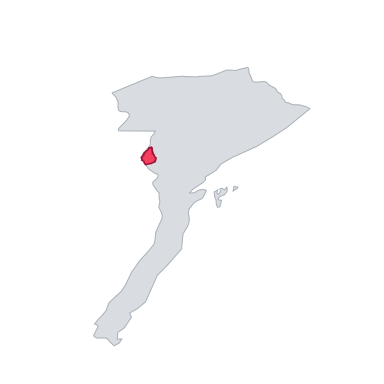 location of Maimine, Debub, Eritrea, rotated 72°
{"feature_id": "51966322B74270898723774", "entity_name": "Maimine", "entity_type": "district", "adm_level": 2, "iso_a3": "ERI", "parent_name": "Eritrea", "parent_adm1": "Debub", "projection": "equal_earth", "projection_center": [38.484, 14.552], "detail": "fine", "context": "in_parent", "style": "filled", "palette": "rose", "viewbox_px": 384, "rotation_deg": 72, "n_neighbors": 0, "source": "geoboundaries", "source_scale": "gbopen_adm2", "svg_char_len": 5441}
<svg xmlns="http://www.w3.org/2000/svg" viewBox="0 0 384 384"><g transform="rotate(72 192 192)"><path d="M73.1,237.3L71.9,223.2L71.2,213.8L70.4,203.8L69.7,194.4L73.1,188.6L74.8,183.1L78.9,165.3L80.6,161.7L83.9,152.2L84.3,149.4L87.6,137.4L87.3,129.4L86.7,121.4L88.4,116.6L90.0,112.8L89.9,109.6L90.6,102.0L91.1,100.2L93.0,100.1L96.9,101.0L99.8,100.3L103.1,100.3L105.7,100.0L107.2,97.7L109.3,89.0L110.7,87.2L111.7,86.7L114.6,85.1L117.2,82.6L119.2,80.7L120.0,80.4L122.1,80.1L124.3,79.1L125.3,77.8L128.0,76.8L130.7,77.4L132.5,76.3L133.7,75.6L135.0,75.6L136.3,74.6L136.8,73.0L137.6,72.0L139.7,69.7L140.6,68.1L141.1,66.4L141.5,65.1L142.4,62.9L146.0,57.3L149.2,54.1L160.1,82.2L164.6,98.9L168.6,116.3L171.5,142.4L174.3,155.8L178.8,162.3L181.9,174.8L184.5,175.3L186.4,178.7L189.7,190.4L192.1,194.7L193.3,191.0L193.2,188.8L192.2,185.2L193.1,180.6L194.9,177.8L199.1,181.6L201.4,184.5L202.0,190.2L203.0,193.4L207.4,200.2L211.1,202.1L215.8,202.6L219.8,204.1L223.1,206.6L229.1,213.5L242.9,219.5L254.0,238.0L260.6,250.8L282.2,270.2L285.9,279.6L287.9,288.7L292.4,288.3L300.3,298.3L302.6,305.9L308.9,308.6L310.0,304.1L313.1,307.8L314.3,313.5L310.3,315.8L305.8,317.8L305.2,317.8L303.7,320.4L301.6,327.6L299.3,329.7L298.1,329.9L291.1,323.1L290.0,322.8L288.5,324.1L287.4,325.5L284.1,320.4L281.7,315.8L278.3,310.4L275.1,308.0L271.6,305.0L268.2,297.9L264.7,290.1L259.6,283.7L249.9,274.6L241.1,262.9L234.3,250.8L230.0,244.5L228.1,242.9L219.2,238.9L212.9,233.4L208.1,228.8L205.1,227.6L202.2,227.4L196.2,228.3L191.1,225.4L189.0,225.4L185.6,224.6L182.9,223.6L179.8,224.8L173.3,226.9L170.7,226.4L169.3,223.6L168.4,221.4L166.2,219.1L164.3,219.1L163.3,221.1L156.6,226.3L145.4,229.1L142.7,228.9L140.7,226.9L135.1,218.1L133.4,216.6L132.2,216.5L129.5,215.5L127.1,213.8L124.9,210.2L122.8,208.1L120.4,215.2L116.3,227.5L114.1,234.1L111.3,242.6L110.4,242.9L109.0,242.3L103.4,231.7L99.9,227.7L97.2,228.1L95.3,230.0L94.1,233.6L92.8,235.8L91.3,236.6L88.3,236.2L83.6,234.5L78.7,234.9L73.7,237.3L73.1,237.3ZM205.0,166.8L206.5,169.4L207.5,169.1L208.4,168.2L208.9,166.4L214.7,170.0L214.4,172.5L210.9,172.6L207.0,171.6L203.3,171.9L198.9,170.9L197.9,166.8L200.7,168.7L202.1,168.2L202.4,167.7L200.4,164.9L197.6,164.4L197.8,162.2L199.1,161.4L199.8,160.3L198.2,157.3L201.4,158.0L203.3,159.8L204.6,161.9L205.0,166.8ZM202.6,147.9L203.8,152.6L200.2,150.8L199.6,149.8L201.2,147.9L201.5,146.8L202.6,147.9Z" fill="#d9dde1" stroke="#a8b0b8" stroke-width="1"/><path d="M152.3,221.8L152.3,221.6L152.2,221.5L152.2,221.4L152.2,221.2L152.1,220.9L152.1,220.7L152.0,220.1L151.9,219.9L152.0,219.7L151.9,219.0L152.0,218.7L152.0,218.1L151.8,218.0L151.7,217.8L151.6,217.7L151.5,217.8L151.4,217.7L151.3,217.8L151.2,217.8L151.1,217.7L151.0,217.8L150.9,217.7L150.8,217.4L150.7,217.3L150.6,217.2L150.5,216.9L150.4,216.8L150.5,216.7L150.4,216.6L150.2,216.5L149.9,216.5L149.7,216.4L149.6,216.5L149.5,216.4L149.4,216.2L149.3,215.9L149.2,215.9L148.9,215.9L148.6,215.7L148.5,215.8L148.3,215.8L148.0,215.9L148.0,216.0L147.9,216.1L147.8,216.3L147.7,216.3L147.5,216.5L147.3,216.5L147.2,216.5L146.7,216.5L146.3,216.7L146.2,216.5L145.9,216.5L145.7,216.6L145.4,216.6L145.2,216.6L144.9,216.6L144.7,216.8L144.6,216.7L144.5,216.8L144.4,216.8L144.1,217.1L143.9,217.2L143.7,217.1L143.4,217.0L143.2,217.0L142.9,217.2L142.9,217.3L142.8,217.2L142.6,217.1L142.5,217.4L142.4,217.5L142.2,217.4L142.1,217.2L141.9,217.2L141.7,217.1L141.4,217.1L141.2,217.2L141.0,216.9L140.9,216.8L140.6,216.9L140.3,216.9L140.2,217.1L139.9,217.0L139.7,217.1L139.4,217.0L139.2,217.0L139.2,216.9L139.1,216.6L138.9,216.5L138.6,216.7L138.4,216.6L138.2,216.5L137.9,216.7L137.8,216.8L137.6,216.9L137.6,217.0L137.4,217.0L137.4,216.9L137.3,216.7L137.2,216.8L136.9,217.0L136.9,216.9L136.8,217.0L136.7,217.0L136.7,217.3L136.8,217.5L136.8,217.8L136.8,218.0L136.8,218.3L136.9,218.5L137.0,218.5L136.9,218.7L136.9,218.9L136.8,219.1L136.9,219.3L136.8,219.6L137.1,219.8L137.3,219.9L137.3,219.7L137.5,219.8L137.6,220.0L137.8,220.1L137.9,220.3L137.8,220.5L138.0,220.7L138.1,220.8L138.3,220.9L138.4,221.0L138.5,221.2L138.7,221.6L138.6,221.8L138.6,222.0L138.6,222.3L138.6,222.5L138.7,222.8L138.9,223.0L139.0,223.2L139.1,223.3L139.1,223.5L139.3,223.7L139.5,223.7L139.6,224.0L139.6,224.4L139.6,224.5L139.6,224.8L139.8,224.7L140.0,224.6L140.1,224.9L140.2,225.0L140.1,225.3L140.3,225.6L140.5,225.8L140.7,226.1L140.8,226.1L141.0,226.0L141.4,226.0L141.5,226.0L141.6,226.3L141.7,226.6L141.6,226.8L141.8,226.8L142.0,226.9L142.3,226.8L142.5,226.9L142.5,227.0L142.4,227.2L142.4,227.3L142.5,227.4L142.5,227.5L142.7,228.0L142.8,228.3L142.7,228.5L142.8,228.7L143.1,228.7L143.3,228.9L143.3,229.0L143.3,229.3L143.3,229.5L143.5,229.7L143.9,229.6L144.0,229.6L144.3,229.5L144.4,229.3L144.5,229.3L144.6,229.1L144.8,229.3L145.0,229.3L145.1,229.5L145.4,229.4L145.6,229.4L145.7,229.5L145.8,229.8L146.0,229.9L146.0,229.7L146.2,229.4L146.4,229.3L146.5,229.2L147.0,229.0L147.3,228.9L147.5,228.8L147.8,228.8L147.8,228.7L148.0,228.5L148.2,228.4L148.5,228.3L148.8,228.2L149.0,228.1L149.3,228.2L149.4,228.4L149.5,228.5L149.7,228.4L149.9,228.3L150.0,228.2L150.3,228.1L150.5,228.2L150.9,228.0L150.9,227.9L151.0,227.9L151.3,227.9L151.4,227.7L151.5,227.6L151.8,227.5L151.8,227.4L151.9,227.2L151.9,226.8L151.9,226.6L151.8,226.1L151.7,225.7L151.6,225.2L151.8,225.1L151.8,224.8L151.9,224.6L151.9,224.4L151.9,224.1L151.9,223.8L152.0,223.7L152.1,223.4L152.1,223.2L152.2,222.9L152.2,222.5L152.2,222.4L152.2,222.2L152.2,221.9L152.3,221.9L152.3,221.8Z" fill="#f43f5e" stroke="#9f1239" stroke-width="1.5"/></g></svg>